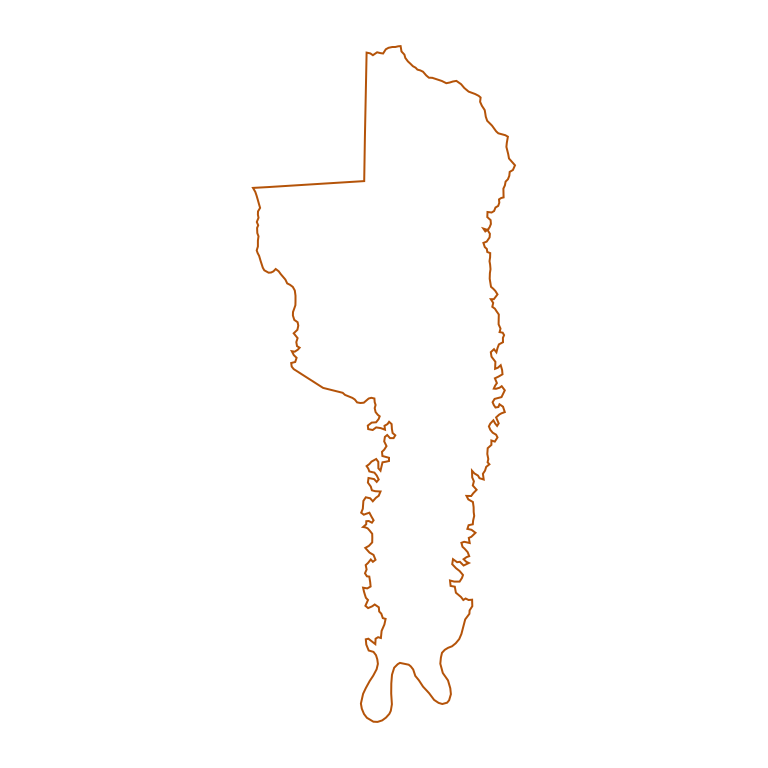 outline of Céu Azul, Paraná, Brazil
{"feature_id": "56859067B11334250771676", "entity_name": "Céu Azul", "entity_type": "district", "adm_level": 2, "iso_a3": "BRA", "parent_name": "Brazil", "parent_adm1": "Paraná", "projection": "equal_earth", "projection_center": [-53.75, -25.288], "detail": "fine", "context": "isolated", "style": "outline", "palette": "amber", "viewbox_px": 768, "rotation_deg": 0, "n_neighbors": 0, "source": "geoboundaries", "source_scale": "gbopen_adm2", "svg_char_len": 5791}
<svg xmlns="http://www.w3.org/2000/svg" viewBox="0 0 768 768"><path d="M469.4,613.8L469.6,610.4L472.3,606.2L472.1,599.7L468.6,600.0L465.6,598.5L463.3,600.0L461.0,597.0L455.9,592.7L454.8,586.7L450.6,585.9L450.0,580.5L454.2,581.6L459.6,581.6L462.0,577.9L463.0,575.0L459.6,571.0L456.0,568.2L452.2,564.2L453.0,559.2L457.1,562.2L459.9,561.8L463.6,565.5L468.8,563.0L466.3,561.8L463.6,559.2L466.6,557.1L469.2,556.2L467.7,552.2L464.5,548.6L462.5,546.8L461.4,542.8L464.2,541.8L469.7,543.0L468.8,537.9L471.3,536.8L475.5,532.8L471.5,529.8L467.4,528.9L468.6,525.2L472.8,524.3L473.1,520.7L474.2,515.9L473.7,512.1L473.6,507.1L472.9,502.0L468.3,499.4L466.5,495.9L471.2,496.0L473.2,493.3L476.6,489.8L472.8,485.5L473.9,481.3L472.2,477.4L472.0,470.7L474.4,473.4L478.0,475.6L479.5,478.2L483.7,479.5L482.9,473.8L485.0,470.7L486.2,466.9L489.4,464.3L487.6,462.3L488.3,459.0L487.3,454.0L487.7,448.2L491.4,444.9L491.4,440.5L494.8,441.6L497.5,437.4L496.1,434.7L492.7,432.7L490.3,429.8L488.9,426.4L490.3,423.6L493.4,420.3L495.1,423.4L497.1,425.9L498.7,423.4L496.1,417.4L499.2,414.6L501.5,413.3L504.8,412.1L503.0,406.7L499.5,404.3L498.4,407.0L495.5,407.5L493.8,405.0L492.6,402.2L494.6,398.9L501.5,397.1L504.8,390.3L501.7,386.2L499.6,387.7L496.0,388.8L493.8,388.6L495.1,385.7L496.9,383.1L494.9,378.3L498.5,376.6L502.5,374.3L502.1,370.0L500.7,365.2L497.9,367.7L495.1,368.8L495.4,361.8L491.5,356.7L490.8,352.2L494.0,349.2L496.4,352.3L497.5,348.1L498.9,344.4L503.0,342.2L502.9,337.9L504.1,335.1L502.7,332.7L499.6,332.1L500.5,328.6L498.6,324.3L498.7,318.5L498.8,314.5L496.5,311.2L494.9,308.7L492.3,306.8L493.2,302.9L490.8,299.2L493.8,299.2L497.5,294.4L495.3,290.9L493.2,288.7L491.0,286.8L490.4,283.0L489.7,278.8L489.9,273.1L490.5,269.2L490.1,264.5L489.5,261.2L490.1,257.3L490.2,253.1L487.3,252.0L486.8,248.9L484.8,247.1L483.4,242.9L486.7,241.6L489.6,237.4L489.9,233.8L487.5,229.9L489.5,227.4L490.9,224.0L490.6,220.1L487.3,217.1L487.5,212.0L491.6,212.5L494.1,211.0L495.5,207.5L498.2,205.9L499.3,202.7L499.0,199.4L501.2,198.0L503.6,197.4L503.5,193.8L503.4,188.6L504.9,185.4L505.6,181.6L507.9,179.3L509.3,175.8L509.7,171.9L512.9,170.0L515.0,165.3L511.2,161.0L509.0,158.5L508.2,154.1L506.4,146.9L506.8,142.9L507.9,136.7L505.3,135.2L498.3,133.3L496.2,131.4L492.0,125.6L487.2,120.8L485.8,116.8L485.3,113.6L484.7,110.1L481.9,105.8L480.1,101.8L480.6,97.5L478.6,95.8L475.1,94.0L468.6,91.6L464.3,88.0L461.1,84.2L456.4,80.9L452.9,81.5L449.8,82.5L446.3,83.2L441.9,81.0L438.0,79.7L432.2,77.8L428.9,77.7L426.2,75.4L423.0,71.7L420.3,70.4L417.4,69.6L415.6,67.7L412.9,66.2L410.5,63.8L407.9,61.4L405.3,57.9L404.4,54.6L401.5,51.5L400.6,46.1L398.2,46.3L395.3,47.0L392.3,47.0L388.5,47.8L385.8,49.3L383.1,53.5L380.4,53.1L377.1,52.3L372.9,55.2L370.3,53.4L366.6,52.6L364.9,137.4L364.2,181.1L327.0,183.4L267.7,187.1L253.0,187.9L255.3,191.9L256.6,195.7L257.7,199.5L259.1,204.5L260.1,207.9L258.0,211.4L257.9,214.7L258.5,217.8L256.8,222.0L258.2,225.3L257.1,227.9L257.3,233.1L258.5,236.3L257.9,240.6L257.9,246.5L256.7,250.4L257.7,253.2L259.1,255.8L260.6,260.9L262.8,267.7L264.3,270.3L268.6,272.7L271.1,272.5L273.4,271.4L275.7,269.0L278.7,271.3L280.8,274.2L285.4,279.6L287.2,283.4L290.0,284.8L292.8,286.9L294.8,290.5L295.5,295.7L295.5,301.3L295.4,305.2L294.3,308.4L293.0,312.0L292.9,315.5L294.3,319.9L297.6,322.2L298.3,325.6L297.4,329.8L293.7,333.3L297.6,338.1L296.3,342.1L297.0,346.1L299.6,347.7L297.8,349.7L294.7,351.7L291.8,351.2L293.8,355.1L296.6,357.8L295.2,362.0L291.2,363.0L291.7,366.6L293.7,369.1L323.1,387.9L342.7,392.8L345.0,394.9L352.4,397.9L354.8,399.5L357.1,402.4L360.4,403.0L363.8,402.7L366.7,400.2L368.7,398.5L371.3,397.8L374.4,398.5L374.7,402.2L375.6,405.0L374.7,408.1L375.6,412.1L377.8,414.8L379.7,416.3L378.6,419.1L376.1,422.3L371.7,422.6L367.8,425.6L368.2,429.1L372.7,430.0L376.2,427.4L380.7,428.1L385.0,429.7L384.5,425.8L387.5,424.1L389.1,421.8L391.6,424.1L391.9,428.9L392.6,433.0L395.3,435.3L393.6,438.1L390.0,438.1L387.2,435.0L384.9,436.9L384.2,441.4L386.5,446.1L384.2,449.7L382.0,451.8L382.4,456.0L389.0,457.8L389.0,461.0L386.0,461.7L382.5,462.3L381.4,466.9L380.5,470.7L378.4,468.3L378.3,461.9L376.2,459.0L371.5,461.6L369.3,464.1L366.6,466.1L368.3,468.6L369.3,471.4L372.0,472.1L374.4,472.6L376.7,475.5L378.7,479.5L376.7,481.9L374.1,479.1L368.5,478.0L367.9,482.6L370.8,486.6L371.9,490.3L375.2,491.2L380.5,491.5L378.7,495.8L375.9,497.8L372.8,501.3L370.2,498.3L365.8,497.3L363.4,500.9L362.8,508.8L361.2,512.7L363.8,514.7L366.4,513.7L369.4,512.7L371.5,516.7L373.6,520.3L371.9,522.7L368.7,521.0L366.3,521.2L366.2,524.3L363.1,527.0L365.3,527.4L367.6,528.3L369.6,530.5L372.2,533.8L372.3,537.6L372.2,542.4L368.9,545.9L365.3,547.9L369.5,552.6L373.5,554.9L375.5,559.8L372.9,561.8L370.8,559.5L368.0,563.0L365.7,565.1L366.6,569.5L365.0,573.3L366.9,576.3L369.3,576.6L370.2,582.3L370.6,586.5L367.3,588.4L363.1,587.7L364.0,591.7L364.9,594.7L365.9,597.8L368.0,600.0L365.4,605.8L368.1,608.1L372.2,606.3L374.7,604.5L378.8,607.3L379.2,611.5L381.3,613.7L382.8,618.1L385.6,618.9L384.4,624.5L381.6,630.9L380.9,638.0L378.1,637.2L375.6,638.7L375.3,644.1L371.3,641.0L368.4,638.7L365.8,639.3L366.3,644.6L368.7,650.5L373.5,651.9L376.0,655.2L377.3,659.4L377.9,663.9L376.6,669.3L373.2,675.7L369.7,681.0L365.8,688.1L363.1,693.8L360.9,703.6L361.8,708.7L364.0,714.0L366.9,717.8L373.4,721.7L377.6,721.9L382.2,720.4L386.0,717.6L389.4,713.8L390.8,710.8L391.9,704.3L391.2,693.6L391.3,683.5L392.0,674.7L394.2,667.7L397.7,664.2L399.9,662.9L408.7,664.7L410.8,666.4L413.2,669.5L415.3,675.9L418.9,680.3L423.0,686.6L429.1,693.2L434.1,699.9L438.6,702.9L442.3,704.0L447.1,702.7L449.1,700.3L450.9,694.2L450.3,688.3L448.0,680.4L442.8,673.0L440.3,663.7L440.9,657.6L442.0,652.8L444.8,649.8L448.1,647.8L452.0,646.3L455.7,643.3L459.2,639.1L461.4,634.0L465.2,619.4L469.4,613.8ZM487.5,229.9L485.3,231.4L483.4,228.6L487.5,229.9Z" fill="none" stroke="#b45309" stroke-width="2"/></svg>